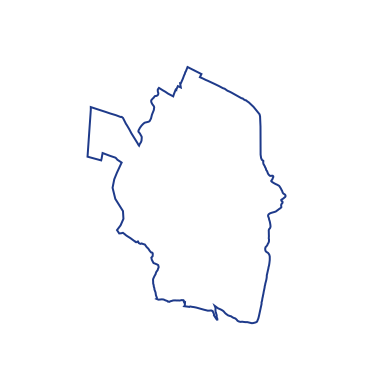 the district of Magureni, Prahova, Romania, rotated 219°
{"feature_id": "2599482B49978352141893", "entity_name": "Magureni", "entity_type": "district", "adm_level": 2, "iso_a3": "ROU", "parent_name": "Romania", "parent_adm1": "Prahova", "projection": "robinson", "projection_center": [25.724, 45.056], "detail": "fine", "context": "isolated", "style": "outline", "palette": "blue", "viewbox_px": 384, "rotation_deg": 219, "n_neighbors": 0, "source": "geoboundaries", "source_scale": "gbopen_adm2", "svg_char_len": 5952}
<svg xmlns="http://www.w3.org/2000/svg" viewBox="0 0 384 384"><g transform="rotate(219 192 192)"><path d="M223.8,294.1L226.1,293.6L228.2,293.0L231.7,292.8L232.6,292.4L233.5,292.1L237.7,291.3L242.0,290.3L250.0,288.3L251.6,287.8L255.2,287.0L258.1,286.2L258.9,289.6L274.1,286.3L272.6,281.5L272.7,281.2L272.2,279.8L272.1,279.7L271.9,279.3L271.6,277.8L270.4,274.3L269.0,269.1L269.5,268.9L266.5,266.2L269.6,265.4L268.7,261.9L268.4,261.4L269.1,261.3L268.9,260.6L267.7,256.8L266.8,254.5L272.4,253.4L275.9,253.1L278.3,252.7L283.2,252.1L283.2,251.4L283.1,250.5L282.9,249.8L281.6,248.4L280.6,247.8L280.1,247.3L279.8,246.7L279.6,245.8L279.6,245.5L279.8,245.0L280.1,244.3L280.5,243.9L280.9,243.5L281.2,243.0L281.2,242.2L281.1,241.4L281.3,240.1L281.4,238.0L281.2,237.3L280.7,236.7L280.1,236.2L279.3,235.8L277.9,235.2L276.1,234.8L275.2,234.4L274.5,233.8L274.0,232.8L273.4,232.0L273.2,231.5L272.0,227.6L271.7,226.7L270.1,223.3L269.9,222.1L269.6,220.9L269.6,220.4L269.7,219.9L270.1,219.1L270.7,218.3L272.3,216.2L272.5,215.7L272.8,214.2L272.9,212.9L273.0,212.1L272.9,209.9L272.8,208.7L272.5,207.4L272.4,206.6L272.2,206.1L272.0,205.6L271.7,205.3L271.4,205.1L269.4,204.7L266.4,203.5L265.8,203.2L265.1,202.4L263.6,200.2L263.3,199.4L263.1,198.8L263.0,198.4L262.8,196.4L262.3,194.7L263.5,195.0L265.2,195.7L276.4,199.6L277.5,200.1L280.3,201.3L284.6,202.9L286.5,203.5L287.3,203.9L292.2,206.1L293.3,206.1L293.9,206.1L294.2,205.9L294.4,205.6L294.9,205.3L299.5,203.8L305.1,201.5L309.2,200.0L317.0,197.0L324.1,194.3L322.4,192.2L320.2,189.1L309.5,173.8L295.4,153.7L282.5,159.4L283.3,161.1L283.8,162.0L286.0,166.0L278.2,168.6L273.4,170.4L272.4,170.5L270.3,170.1L265.2,170.6L262.5,159.8L260.4,152.9L256.4,145.3L247.3,138.4L233.6,133.7L228.4,128.0L226.5,121.1L226.3,115.2L222.5,114.0L221.2,115.2L220.0,116.8L217.3,116.9L216.9,116.8L215.0,116.9L210.8,117.4L206.2,117.6L205.1,117.8L204.7,117.6L204.0,117.7L203.8,117.8L203.3,118.5L203.2,119.1L202.9,119.6L202.6,119.5L201.7,119.0L201.1,118.8L200.3,119.1L199.8,119.1L199.5,119.2L199.0,119.8L198.7,120.4L198.0,120.5L196.1,121.3L195.5,121.5L192.7,120.7L191.9,120.6L190.5,120.5L189.4,120.2L188.3,119.8L187.4,119.6L186.4,119.4L185.8,119.3L185.4,119.5L184.9,119.8L184.4,119.8L183.6,119.3L182.3,117.5L182.2,117.3L182.2,116.9L182.3,115.6L182.3,115.4L180.5,114.0L177.5,112.7L177.1,112.6L176.8,112.7L176.3,112.9L173.6,113.7L172.3,113.9L171.6,113.4L170.8,112.8L170.5,112.4L170.0,110.7L169.6,109.8L169.5,109.5L169.5,107.7L169.4,107.4L169.0,106.0L168.6,105.3L168.5,104.6L168.2,102.8L167.5,100.1L167.0,99.2L165.8,97.9L164.7,96.6L164.4,96.3L163.3,95.6L162.1,94.4L160.8,93.6L159.7,92.5L157.3,91.1L156.7,90.6L155.2,89.2L154.6,88.8L152.7,87.7L152.4,87.3L152.3,86.9L152.4,86.6L151.3,86.9L150.2,87.3L148.0,89.5L146.9,90.3L146.0,90.7L144.7,91.0L142.4,91.8L142.0,91.8L141.5,91.7L141.1,92.2L140.4,92.5L140.3,92.9L139.9,93.7L139.0,94.9L138.6,95.6L137.7,96.5L133.3,99.9L131.8,101.7L131.2,101.9L130.9,102.3L130.6,102.5L130.3,102.5L129.8,102.3L129.3,101.7L128.4,101.1L128.1,101.1L127.9,101.7L126.6,99.9L126.1,98.7L126.1,98.4L121.7,101.1L121.7,101.4L121.2,102.0L119.8,102.7L118.0,103.8L115.9,104.9L108.5,108.1L105.1,109.7L104.5,110.2L103.7,110.9L103.4,111.1L103.2,111.4L102.7,111.9L102.4,112.1L101.5,112.2L101.2,112.5L98.2,111.0L97.7,110.5L97.4,110.0L95.0,109.2L94.5,109.1L93.4,108.7L92.2,108.5L92.0,108.8L92.9,109.7L93.7,110.0L94.2,110.4L94.7,111.1L95.3,111.8L96.3,112.4L97.3,113.2L98.5,113.9L100.2,115.9L100.5,116.4L100.9,116.8L102.7,117.8L98.5,118.0L95.7,118.8L93.9,119.1L92.5,119.2L90.4,118.8L89.3,118.7L86.5,118.8L85.8,119.0L85.1,119.3L84.7,119.4L83.4,120.0L81.8,120.1L80.7,120.3L79.3,120.8L78.7,121.0L76.8,120.9L75.9,120.6L75.4,120.6L74.3,120.8L72.7,121.5L72.2,121.9L71.5,122.7L70.8,123.1L69.0,124.2L67.1,125.7L63.1,127.6L62.1,128.5L60.9,130.1L60.4,130.8L60.0,131.8L59.9,132.3L60.5,134.2L60.8,135.3L61.8,137.5L67.5,148.8L68.5,150.0L69.1,151.5L70.5,153.9L71.0,155.0L71.8,156.4L72.2,157.3L73.7,160.0L74.6,161.8L75.6,163.7L76.1,164.4L76.8,166.0L77.3,166.8L78.6,169.7L79.3,171.1L80.4,173.0L81.0,173.7L81.6,174.6L82.1,175.7L82.6,176.7L83.9,179.3L84.4,180.4L84.7,180.8L84.8,181.2L85.2,181.7L85.8,183.2L86.9,185.1L88.4,187.5L88.8,188.1L90.4,190.1L91.0,190.8L91.9,191.5L92.5,191.9L93.3,192.2L94.5,192.5L95.5,192.4L96.1,192.3L97.1,192.3L97.5,192.4L98.4,192.9L99.2,193.7L99.4,193.9L99.5,194.2L99.8,194.7L100.1,195.3L100.1,195.7L100.0,196.6L100.0,197.4L100.1,198.3L100.5,199.6L100.6,200.8L101.1,202.0L102.0,203.2L102.4,203.7L103.2,204.3L104.3,205.9L108.3,210.6L108.6,211.4L108.7,211.7L108.7,212.0L108.6,212.4L108.7,213.3L109.0,214.1L109.2,214.5L110.2,215.6L112.1,217.3L113.4,218.3L114.7,219.1L115.7,220.0L117.6,221.1L118.0,221.5L118.3,222.1L118.3,222.3L118.4,223.0L118.3,223.3L117.9,224.6L117.1,225.9L115.2,228.6L114.9,229.1L114.4,230.1L114.2,231.2L114.1,231.6L114.0,231.8L113.7,233.2L113.3,234.4L113.0,235.8L113.0,236.4L113.3,236.7L114.3,237.7L114.6,238.1L114.7,238.7L115.0,239.5L114.8,240.1L114.9,240.6L115.2,241.1L115.4,241.3L115.9,241.5L116.6,241.4L117.1,241.5L117.4,241.7L117.7,242.1L117.2,243.7L116.9,244.5L116.8,245.3L116.5,246.6L116.5,247.1L116.6,247.4L116.8,247.8L117.2,248.1L117.7,248.4L118.2,248.5L119.9,248.3L120.9,248.5L121.3,248.7L122.9,249.7L123.5,249.8L123.9,250.1L126.1,251.0L128.1,251.6L128.9,251.5L130.6,251.2L132.0,250.8L134.2,250.4L136.2,250.2L137.2,250.3L137.5,250.7L137.5,252.2L137.6,252.7L138.0,253.6L138.0,254.0L138.2,254.6L138.3,254.9L138.7,255.3L139.1,255.4L139.5,255.4L140.0,255.1L140.9,254.1L141.4,253.7L142.0,253.6L142.5,253.7L143.0,253.7L143.6,253.8L144.7,254.2L146.7,255.4L148.4,255.9L149.2,256.6L149.5,256.8L150.9,257.3L151.4,257.7L151.9,257.9L154.2,258.8L154.4,259.0L155.6,260.1L156.0,261.0L156.3,261.1L157.9,261.0L158.1,261.0L158.6,261.3L159.0,261.6L159.7,261.9L161.1,263.2L162.2,264.2L179.9,285.9L186.7,293.6L188.4,294.9L197.8,296.9L204.3,297.4L205.4,297.3L205.9,297.2L207.5,297.3L208.3,296.8L209.1,296.8L209.5,296.6L210.0,296.5L211.5,296.6L212.3,296.1L212.6,296.0L223.8,294.1Z" fill="none" stroke="#1e3a8a" stroke-width="2"/></g></svg>